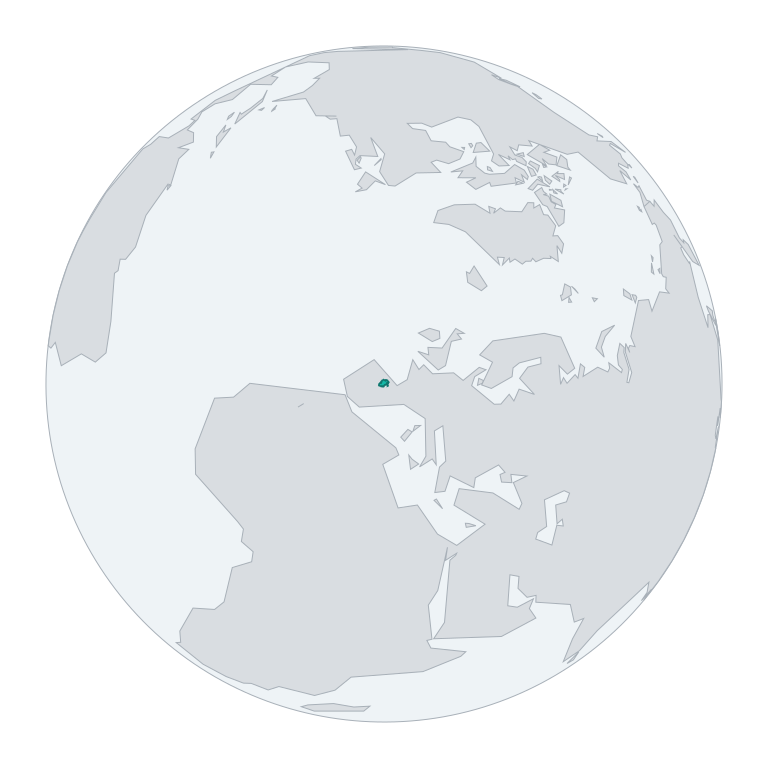 the Earth from above Burgos, rotated 57°
{"feature_id": "ESP-5810", "entity_name": "Burgos", "entity_type": "Autonomous Community", "adm_level": 1, "iso_a3": "ESP", "parent_name": "Spain", "parent_adm1": "", "projection": "orthographic", "projection_center": [-3.389, 42.329], "detail": "fine", "context": "on_globe", "style": "filled", "palette": "teal", "viewbox_px": 768, "rotation_deg": 57, "n_neighbors": 0, "source": "natural_earth", "source_scale": "10m", "svg_char_len": 12361}
<svg xmlns="http://www.w3.org/2000/svg" viewBox="0 0 768 768"><g transform="rotate(57 384 384)"><circle cx="384" cy="384" r="338" fill="#eef3f6" stroke="#a8b0b8"/><path d="M97.8,563.6L91.7,552.9L84.8,539.7L72.0,512.9L55.5,458.3L55.9,449.1L54.1,437.7L60.3,430.8L61.3,406.9L59.9,399.0L56.7,401.5L54.2,371.0L56.9,349.3L68.1,267.7L73.4,253.9L80.0,241.4L116.6,181.8L85.5,227.8L93.5,212.9L106.0,193.4L106.5,193.7L125.0,170.5L136.7,156.4L163.2,133.0L191.5,119.0L183.2,125.4L191.0,122.1L201.9,114.1L207.2,109.9L248.7,93.5L286.7,76.5L293.0,70.2L296.1,73.0L304.3,61.5L321.3,55.3L305.5,63.2L306.6,64.8L319.8,60.5L323.8,61.3L332.5,60.0L336.0,61.7L326.6,67.1L328.7,68.5L337.9,65.5L347.3,65.9L333.4,70.0L348.3,71.4L335.3,82.4L295.2,94.9L291.2,105.2L258.8,130.0L265.1,130.2L256.8,140.8L260.9,145.2L253.7,149.3L263.3,149.5L269.1,144.9L275.2,143.7L278.2,146.1L269.5,151.5L266.8,151.1L265.8,154.0L260.2,155.7L264.6,156.2L253.8,163.0L268.9,160.1L263.8,168.8L255.4,172.3L250.8,166.8L219.7,164.1L209.7,167.3L200.4,176.6L194.5,204.1L185.8,210.3L178.1,222.5L185.4,220.9L194.0,211.0L205.7,212.0L214.8,200.6L220.9,199.6L232.6,190.6L236.7,197.7L234.4,209.8L224.9,217.9L223.7,223.7L237.5,221.2L224.5,242.1L224.0,266.9L219.9,272.1L203.5,272.0L191.4,258.1L170.0,260.9L189.8,265.3L179.4,279.7L180.2,285.0L184.2,288.3L190.5,285.5L188.2,292.1L167.8,289.4L169.6,283.3L176.0,284.0L170.2,277.9L156.4,277.6L152.3,285.6L135.8,279.0L132.6,284.9L127.3,287.2L133.4,278.0L122.0,294.9L102.0,294.2L86.1,324.0L95.3,292.5L94.7,281.5L92.5,271.5L89.6,276.1L90.5,258.6L84.7,255.1L72.6,272.2L64.5,293.9L64.4,310.6L69.0,306.0L71.6,315.6L60.0,332.6L62.9,356.2L57.0,373.1L56.6,388.5L60.5,395.9L63.8,410.6L69.5,406.8L77.3,412.1L73.9,427.7L80.9,419.9L83.4,433.5L100.9,454.4L98.7,456.3L112.9,491.8L133.8,517.8L138.7,532.8L135.6,537.3L144.1,545.3L144.3,549.7L182.8,579.0L206.5,600.2L208.4,614.2L193.9,621.4L192.9,644.7L170.1,637.0L172.5,643.8L169.1,644.8L165.2,641.5L146.1,624.0L128.5,605.2L112.3,585.0L97.8,563.6ZM80.9,332.2L84.7,367.6L77.9,356.8L80.0,356.7L80.0,345.6L78.5,330.1L73.8,321.7L80.9,332.2ZM92.9,326.8L91.8,321.9L93.5,325.6L92.9,326.8ZM208.9,108.0L201.7,114.0L190.4,121.2L195.9,116.0L208.9,108.0ZM231.0,96.3L228.7,98.8L220.3,101.2L224.2,98.9L231.0,96.3ZM296.7,66.1L290.0,68.8L295.1,66.0L296.7,66.1ZM333.0,59.6L333.7,58.7L337.9,58.5L333.0,59.6ZM229.5,187.5L231.0,189.0L228.0,189.8L229.5,187.5ZM233.2,182.3L228.7,182.1L229.8,179.7L232.5,179.8L233.2,182.3ZM347.2,61.1L353.8,61.4L345.5,61.9L347.2,61.1ZM238.4,183.1L232.3,175.4L234.3,171.2L246.3,168.5L238.4,183.1ZM356.6,62.2L372.8,63.7L375.6,61.6L376.8,69.3L362.7,65.0L351.9,65.7L357.5,63.9L356.6,62.2ZM269.6,142.5L263.6,147.4L265.8,141.2L269.6,142.5ZM269.6,138.9L267.7,123.1L278.2,117.7L276.7,123.8L287.9,115.4L293.9,120.4L289.1,126.2L281.1,128.6L289.5,128.8L269.6,138.9ZM374.9,73.7L377.4,75.2L373.0,74.7L374.9,73.7ZM277.9,142.7L276.6,139.8L285.5,134.7L289.7,139.7L285.5,139.7L277.9,142.7ZM288.0,111.0L295.3,108.5L302.2,111.7L306.0,111.3L295.0,120.1L288.0,111.0ZM285.0,142.1L291.6,142.5L290.2,147.2L279.7,145.3L285.0,142.1ZM286.0,131.4L290.5,129.3L289.4,132.1L286.0,131.4ZM288.7,165.1L286.9,161.2L291.4,158.1L288.7,165.1ZM294.2,142.3L294.7,140.7L296.3,139.2L300.3,140.5L294.2,142.3ZM300.6,122.0L301.9,124.1L305.5,118.5L310.8,121.2L302.4,126.7L308.2,125.4L309.9,126.3L301.2,130.0L300.6,122.0ZM309.0,137.5L300.2,146.2L302.5,153.8L298.6,156.7L295.6,143.9L309.0,137.5ZM305.2,132.7L306.7,136.2L301.0,137.7L296.5,136.2L305.2,132.7ZM317.4,121.1L311.4,115.6L313.4,114.6L317.4,121.1ZM310.8,139.3L312.9,137.2L311.6,139.7L310.8,139.3ZM316.6,126.2L314.2,124.3L316.6,123.2L316.6,126.2ZM319.1,134.9L316.2,137.5L313.0,136.5L319.1,134.9ZM318.8,130.7L322.7,129.7L313.6,134.5L317.4,129.9L318.8,130.7ZM319.2,125.5L319.9,124.3L319.9,126.5L319.2,125.5ZM332.6,137.7L322.0,144.0L315.1,141.5L326.3,135.6L332.6,137.7ZM595.5,120.5L590.3,116.4L593.2,119.3L587.3,115.2L600.9,127.0L593.0,121.6L607.4,134.1L610.8,135.6L601.7,126.5L617.6,140.7L618.6,140.8L635.4,158.2L651.0,176.8L665.1,196.5L677.9,217.2L689.1,238.7L698.7,260.9L706.7,283.8L701.8,271.4L705.9,286.1L702.1,276.9L694.5,269.8L698.4,291.1L707.0,339.5L714.1,365.4L714.5,384.9L700.4,364.7L689.4,344.2L687.3,354.1L670.4,347.8L649.7,375.5L644.1,371.6L640.8,380.2L628.4,382.9L618.9,375.6L612.6,382.3L637.4,401.0L643.8,393.8L645.5,375.6L651.5,384.4L663.0,384.1L659.7,423.0L624.7,481.1L616.9,463.1L567.7,424.7L566.7,417.1L566.3,416.4L565.5,415.2L565.4,428.4L555.5,419.7L586.5,451.4L593.6,467.3L624.2,482.8L622.4,487.7L631.0,488.5L653.1,461.2L654.2,467.9L646.4,508.0L611.9,571.3L614.1,591.8L607.4,611.9L580.5,636.9L577.5,647.8L562.8,658.4L558.3,664.8L543.4,675.7L520.6,688.3L487.7,699.1L489.9,695.2L480.0,689.8L467.9,666.2L480.8,648.9L479.6,636.8L455.3,611.2L461.0,591.8L453.4,585.1L438.4,589.4L429.1,580.9L419.6,581.7L357.1,591.2L335.5,577.7L303.6,533.8L313.1,517.3L310.4,496.1L371.8,422.5L389.9,426.1L444.0,408.8L451.6,410.2L450.7,428.8L495.6,439.7L503.7,421.9L539.0,420.9L559.0,410.9L556.6,375.6L523.7,391.3L512.7,378.0L534.7,352.0L562.7,338.9L559.3,333.4L537.1,329.2L539.0,314.3L528.9,326.8L536.4,330.5L530.3,338.8L523.1,336.0L524.0,330.6L514.3,332.0L512.4,358.5L519.8,365.1L497.1,378.6L507.2,391.3L502.7,400.5L483.9,382.7L482.3,374.2L451.1,357.4L450.8,367.3L480.2,384.2L473.1,384.4L472.9,399.3L467.4,388.2L435.4,368.3L411.9,378.5L389.9,417.3L374.5,421.5L358.0,415.3L358.2,379.0L392.5,373.9L393.0,362.2L379.3,346.6L390.9,346.8L389.5,340.2L401.9,337.7L412.6,319.5L424.1,315.7L421.9,295.1L427.6,290.7L427.2,303.9L433.1,311.4L461.0,302.6L464.5,296.9L460.8,284.6L469.0,284.3L461.9,273.5L474.7,263.5L453.1,267.2L448.2,254.1L452.5,241.3L447.0,238.0L440.0,259.0L440.8,267.0L447.6,272.6L446.2,296.4L438.0,302.6L424.8,281.1L411.7,287.9L407.1,269.3L428.8,222.0L441.0,210.1L474.7,215.5L475.6,224.8L463.9,227.2L480.5,236.1L476.4,230.0L483.1,230.1L480.2,218.6L484.8,218.2L474.1,208.3L479.4,206.6L486.1,212.9L486.3,195.6L495.8,189.7L493.6,186.1L488.6,183.9L503.8,178.6L501.6,176.2L495.7,177.0L487.3,172.9L478.4,164.1L484.2,162.7L488.2,165.7L505.2,170.5L514.9,179.4L516.3,178.0L509.3,170.0L488.5,164.1L481.6,159.2L491.4,160.7L487.3,159.7L485.6,156.9L489.4,153.1L478.6,151.1L452.6,125.1L457.3,116.1L468.9,119.6L456.8,102.7L463.1,95.4L457.6,95.9L448.2,89.2L446.1,91.3L442.8,91.1L417.5,76.9L416.1,73.1L399.0,69.2L396.2,69.7L396.3,72.1L376.8,69.3L375.6,61.6L382.0,60.7L376.8,57.2L392.2,56.2L402.5,54.4L422.4,56.7L428.8,55.7L426.0,54.5L432.7,52.9L456.1,55.1L449.4,58.4L416.8,59.8L431.2,59.2L431.5,61.1L439.0,62.3L448.8,62.2L447.7,61.0L482.2,73.2L513.3,81.6L502.2,74.7L503.4,72.7L529.0,80.2L580.3,109.6L582.4,110.5L582.6,110.6L595.5,120.5ZM356.7,462.0L356.5,468.7L356.7,462.0ZM596.7,341.2L610.5,330.9L596.6,316.0L600.7,311.0L594.5,308.1L595.5,315.0L579.0,305.9L582.2,295.1L576.6,287.8L571.6,291.0L568.5,312.5L592.1,325.2L592.2,336.0L596.7,341.2ZM101.6,454.9L103.3,460.4L100.1,457.1L101.6,454.9ZM74.6,361.4L76.5,366.4L76.8,371.3L74.8,368.5L74.6,361.4ZM96.7,400.2L100.1,406.7L95.6,402.6L96.7,400.2ZM85.8,372.8L93.9,395.6L85.3,389.7L80.6,375.5L85.2,381.5L85.8,372.8ZM87.1,333.6L87.8,337.7L86.0,339.6L87.1,333.6ZM94.1,329.6L93.4,328.7L94.1,324.9L94.1,329.6ZM180.6,279.8L182.2,280.2L185.2,284.6L181.7,284.7L180.6,279.8ZM211.5,292.9L207.2,303.4L207.8,295.7L202.0,297.4L196.1,283.9L217.6,274.2L208.9,280.7L211.5,292.9ZM194.3,264.2L195.5,273.2L193.3,263.8L194.3,264.2ZM369.9,308.8L376.2,312.3L374.7,320.4L360.0,327.4L362.1,315.5L369.9,308.8ZM385.5,315.7L376.5,293.6L385.2,289.1L381.8,295.3L388.5,294.5L384.9,304.3L402.1,322.4L401.8,330.9L375.0,337.8L383.9,330.6L377.2,327.2L385.5,315.7ZM337.9,252.0L334.1,244.2L358.0,244.2L358.8,251.5L344.3,258.4L334.8,253.8L337.9,252.0ZM260.8,180.5L257.9,178.9L260.2,177.2L264.8,177.2L260.8,180.5ZM287.5,163.5L276.5,186.5L272.5,185.6L270.8,201.0L259.7,204.9L261.1,194.6L251.3,209.6L248.1,201.9L242.6,212.5L247.0,189.2L243.7,183.4L251.6,188.2L262.0,184.7L265.5,181.4L273.0,168.2L271.1,154.9L281.1,149.9L288.6,150.0L290.6,152.4L283.5,154.7L291.2,156.4L282.4,161.7L287.5,163.5ZM371.2,163.7L362.1,163.6L376.2,171.1L367.5,175.0L369.7,175.7L365.5,181.6L364.2,190.1L359.5,190.9L361.0,193.9L358.3,198.2L358.8,202.7L350.5,206.1L350.5,212.0L346.6,210.3L348.7,219.8L343.4,214.3L339.4,219.8L346.7,222.2L300.7,232.8L285.5,242.7L275.7,254.4L267.9,244.3L272.0,227.5L282.8,209.7L298.5,202.1L292.1,199.4L297.8,195.1L300.5,199.1L299.7,190.5L305.0,188.2L314.6,174.6L310.2,164.6L313.6,159.7L318.0,162.5L318.3,155.8L328.9,157.9L331.6,154.6L344.8,153.8L351.8,161.7L354.2,157.5L364.3,157.1L371.2,163.7ZM336.4,137.7L346.7,145.3L347.0,151.5L324.0,150.5L320.1,153.2L305.3,153.5L305.1,144.7L309.4,145.4L313.4,144.0L311.9,147.2L316.2,143.6L322.2,144.6L327.1,142.1L329.2,145.2L336.4,137.7ZM457.1,401.9L462.4,401.4L470.0,398.5L470.0,408.2L457.1,401.9ZM435.1,388.7L439.5,386.5L443.2,398.0L437.7,398.9L435.1,388.7ZM438.7,375.9L439.4,385.5L435.7,380.8L438.7,375.9ZM430.9,301.4L435.2,298.7L436.9,301.3L436.0,306.3L430.9,301.4ZM411.0,189.4L405.8,187.7L406.3,185.8L398.5,177.9L404.3,174.8L411.3,178.3L411.0,189.4ZM552.9,384.1L549.0,393.1L545.1,391.6L547.2,388.8L552.9,384.1ZM509.0,402.7L520.5,402.8L508.8,405.4L509.0,402.7ZM416.1,184.7L412.2,181.7L417.5,182.0L416.1,184.7ZM408.2,172.2L413.9,171.7L404.1,173.5L408.2,172.2ZM647.3,579.1L620.4,620.6L609.6,629.1L611.7,622.6L624.5,600.4L638.5,585.2L646.5,571.3L647.3,579.1ZM714.8,366.6L718.5,375.4L718.1,382.7L714.8,366.6ZM460.3,158.5L464.6,172.5L471.5,181.6L481.5,184.7L469.3,186.8L458.6,172.8L460.3,158.5ZM452.9,129.1L444.2,127.3L446.6,124.7L449.0,124.8L452.9,129.1ZM448.6,130.4L440.5,134.7L434.7,131.5L442.3,128.7L448.6,130.4ZM428.7,158.6L429.5,162.8L425.2,162.3L428.7,158.6ZM524.1,76.5L526.5,77.6L534.9,81.7L518.5,74.6L509.4,70.3L511.0,70.8L511.5,71.0L524.1,76.5ZM511.9,71.8L515.7,73.8L499.6,72.2L494.0,71.0L501.4,68.8L505.4,70.8L511.0,72.3L511.9,71.8ZM380.0,74.0L377.7,75.1L377.4,73.4L380.0,74.0ZM441.9,92.4L437.3,91.9L437.2,89.7L441.9,92.4ZM424.6,89.5L427.9,92.3L422.0,89.9L424.6,89.5ZM435.7,98.8L428.1,93.7L438.8,97.8L435.7,98.8Z" fill="#d9dde1" stroke="#a8b0b8" stroke-width="1"/><path d="M386.4,382.1L386.1,382.2L385.9,382.2L385.6,382.2L385.4,382.2L385.4,382.3L385.4,382.5L385.2,382.7L385.2,382.8L385.3,382.8L385.3,383.0L385.5,383.2L385.5,383.3L385.4,383.4L385.4,383.6L385.5,383.7L385.4,383.8L385.2,383.9L385.3,384.0L385.3,384.3L385.3,384.5L385.2,384.7L385.2,384.8L385.3,385.0L385.5,385.2L385.5,385.3L385.7,385.5L385.8,385.5L385.9,385.4L386.0,385.4L386.0,385.5L386.1,385.8L385.9,386.2L385.8,386.3L385.7,386.4L385.6,386.6L385.4,386.6L385.0,387.2L384.9,387.0L384.8,386.9L384.7,386.9L384.6,386.7L384.5,386.8L384.4,386.9L384.5,387.3L384.3,387.4L384.2,387.5L384.1,387.8L383.7,388.4L383.4,388.3L383.2,388.5L382.9,388.5L382.7,388.5L382.5,388.8L382.5,389.1L382.3,389.1L382.2,388.9L381.8,388.6L381.4,388.4L381.3,388.2L381.2,388.1L381.2,387.8L381.2,387.7L381.1,387.3L381.1,387.2L380.9,386.9L380.9,386.7L381.1,386.7L381.3,386.6L381.4,386.4L381.7,386.3L381.8,386.2L381.7,386.0L381.3,386.2L381.2,386.2L381.4,385.8L381.5,385.7L381.4,385.6L381.0,385.7L380.9,385.6L380.8,385.2L380.4,385.1L380.5,384.9L380.3,384.7L380.1,383.7L379.9,383.6L379.9,383.3L380.0,383.2L380.3,383.2L380.2,382.8L380.1,382.7L380.1,382.4L380.2,382.1L380.1,381.9L380.3,381.8L380.6,381.6L380.8,381.5L381.0,381.4L381.3,381.1L381.4,381.3L381.5,381.4L381.9,381.2L382.1,381.2L382.1,380.9L381.9,380.8L381.8,380.7L382.1,380.5L382.0,380.4L381.9,380.3L381.8,380.5L381.7,380.6L381.4,380.5L381.4,380.4L381.5,380.1L381.7,379.9L381.8,379.8L382.0,379.8L382.0,379.7L382.3,379.5L382.4,379.4L382.5,379.4L382.7,379.1L382.8,379.0L383.0,379.0L383.3,379.1L383.5,379.2L383.9,379.2L384.1,379.1L384.5,378.9L384.8,379.0L385.0,379.0L384.9,379.3L385.0,379.4L385.1,379.5L385.0,379.8L385.2,380.0L385.3,380.0L385.4,379.8L385.5,379.7L385.6,379.8L385.7,380.0L385.6,380.3L385.8,380.3L385.8,380.5L385.7,380.5L385.4,380.6L385.1,380.6L385.0,380.4L384.9,380.4L384.7,380.4L384.6,380.5L384.5,380.8L384.7,381.0L384.8,381.0L384.8,380.9L385.0,380.8L385.1,380.7L385.2,380.8L385.1,381.0L385.1,381.3L385.3,381.4L385.5,381.4L385.7,381.5L385.8,381.6L386.0,381.8L386.3,382.0L386.4,382.1ZM381.0,385.1L381.0,384.9L380.9,384.9L380.9,385.0L381.0,385.1ZM386.8,381.2L386.9,381.3L387.0,381.3L387.3,381.4L387.5,381.4L387.6,381.5L387.4,381.7L387.4,381.8L387.5,381.9L387.6,382.0L387.6,381.9L387.8,381.9L387.8,382.0L387.7,382.1L387.3,382.1L387.1,382.0L386.8,381.9L386.5,381.8L386.4,381.7L386.2,381.5L386.3,381.5L386.3,381.4L386.5,381.3L386.8,381.2Z" fill="#14b8a6" stroke="#0f766e" stroke-width="1.5"/></g></svg>